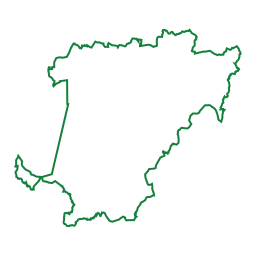 the district of Arandas, Jalisco, Mexico
{"feature_id": "50627088B62957650950334", "entity_name": "Arandas", "entity_type": "district", "adm_level": 2, "iso_a3": "MEX", "parent_name": "Mexico", "parent_adm1": "Jalisco", "projection": "equal_earth", "projection_center": [-102.317, 20.749], "detail": "fine", "context": "isolated", "style": "outline", "palette": "green", "viewbox_px": 256, "rotation_deg": 0, "n_neighbors": 0, "source": "geoboundaries", "source_scale": "gbopen_adm2", "svg_char_len": 5693}
<svg xmlns="http://www.w3.org/2000/svg" viewBox="0 0 256 256"><path d="M239.1,69.2L238.7,68.7L238.1,69.0L237.8,68.3L237.3,68.1L237.4,67.8L236.7,67.4L236.2,65.6L234.9,63.7L235.2,63.8L237.3,60.8L238.6,59.5L239.5,56.4L239.5,54.3L240.6,53.8L240.2,52.0L239.1,50.5L238.7,48.8L236.8,46.2L233.3,48.1L232.1,47.8L231.6,49.0L230.3,49.9L226.8,48.4L226.2,50.4L225.7,51.1L225.9,51.3L224.1,52.4L223.3,54.7L222.0,54.5L220.9,55.0L219.0,54.4L217.5,55.2L216.1,54.4L214.9,54.2L209.9,50.8L205.0,51.7L203.8,51.5L194.9,53.6L194.8,51.7L193.6,51.7L191.9,51.1L191.9,50.5L192.5,49.3L192.8,47.5L194.6,45.7L194.8,43.3L194.5,42.5L194.5,41.2L195.2,39.8L195.7,39.9L196.3,39.2L196.1,37.7L196.5,37.5L196.7,36.7L195.3,35.0L191.9,33.2L189.6,29.9L188.6,31.0L187.1,30.8L186.6,31.2L185.5,31.2L184.3,32.0L182.1,31.4L181.6,32.4L180.4,33.4L179.4,33.2L178.8,34.0L177.0,34.0L175.7,35.2L175.1,35.0L174.3,33.9L173.2,33.6L172.8,32.4L172.1,31.9L171.2,32.0L170.1,33.5L168.5,33.6L166.6,30.6L165.7,30.8L164.8,30.0L163.0,30.0L162.5,31.4L163.2,32.2L162.6,34.1L162.0,34.8L162.3,35.7L162.1,36.9L158.2,36.8L157.2,38.2L156.8,40.0L156.9,45.7L156.1,46.2L154.3,46.3L153.6,47.0L150.6,45.2L148.6,44.7L140.0,46.1L140.0,45.0L141.1,44.5L140.9,43.3L141.4,41.9L141.3,40.9L141.5,39.9L138.3,39.4L138.5,41.7L136.1,38.6L135.1,38.8L132.6,38.4L131.2,40.7L131.0,42.0L130.4,42.7L129.0,43.1L128.9,43.5L127.0,43.8L126.0,45.7L124.9,46.4L121.4,45.2L119.6,45.0L119.0,45.3L117.9,47.4L117.3,46.2L116.3,45.7L112.0,45.2L108.6,43.1L107.8,44.3L108.2,46.9L105.0,46.9L104.5,46.2L103.4,44.8L103.5,43.5L100.8,43.2L99.7,42.4L97.0,42.4L95.3,41.6L92.0,46.8L91.5,47.0L91.4,47.5L89.9,47.1L87.2,45.3L87.1,46.3L84.7,45.3L84.6,46.0L82.0,45.6L82.2,47.0L81.2,48.4L80.4,47.7L79.7,48.0L79.1,46.8L77.7,45.3L75.5,44.4L75.2,44.5L74.8,43.7L73.6,43.5L71.1,47.6L69.1,52.7L66.8,56.9L62.8,57.7L59.8,57.3L56.3,58.0L54.2,62.3L54.2,67.1L52.1,67.2L52.2,69.0L49.7,69.4L49.7,67.3L48.8,67.3L48.3,70.2L49.3,76.4L50.8,77.1L52.4,78.5L52.9,79.8L54.6,81.2L54.0,83.4L53.7,83.7L53.8,84.2L53.2,84.6L53.3,85.9L53.6,86.3L55.7,84.0L60.0,82.0L59.9,81.2L67.1,80.2L67.3,104.0L68.2,104.1L51.8,174.2L42.1,177.0L36.3,176.6L33.0,174.8L31.4,174.7L30.6,173.4L30.6,172.5L29.9,171.7L25.1,169.2L22.1,165.6L21.7,163.9L22.1,162.2L22.1,161.2L18.3,155.9L18.0,157.5L16.6,159.1L16.1,160.4L16.2,165.1L15.4,166.5L15.9,166.7L17.7,166.1L17.2,169.9L16.4,170.6L15.5,172.5L16.5,175.7L16.3,176.8L17.0,177.1L17.9,178.5L18.7,178.8L18.8,178.5L19.4,178.9L19.9,178.5L21.1,178.6L22.0,179.7L22.3,181.5L23.3,182.7L23.8,182.5L24.4,183.3L25.5,182.5L25.3,183.2L26.1,183.7L26.5,183.5L26.7,184.8L27.4,185.2L26.9,186.0L27.7,186.6L28.7,185.8L29.2,186.0L30.1,187.1L30.8,189.4L32.1,189.8L32.7,189.1L33.7,189.4L33.5,187.3L34.1,186.0L38.9,180.9L39.2,180.0L39.8,179.4L39.9,178.6L40.7,178.2L40.7,177.7L42.1,177.9L42.8,180.6L43.5,181.3L46.4,181.5L46.6,181.9L47.8,182.0L48.3,182.5L52.0,183.1L55.1,181.1L61.4,185.8L61.6,186.3L62.5,186.3L63.0,187.8L64.1,189.0L63.3,191.6L65.2,191.2L65.6,192.0L67.1,192.5L68.5,194.1L69.1,193.7L69.9,193.9L69.9,194.5L70.3,194.7L70.0,195.6L70.7,197.6L70.6,198.7L72.2,200.9L71.8,201.6L72.4,202.7L73.0,202.6L73.3,203.6L74.4,204.7L74.4,205.0L73.1,205.8L72.9,206.9L72.1,207.9L72.5,209.2L72.0,211.9L71.3,211.7L71.1,212.4L70.2,212.5L69.4,214.2L68.9,214.0L68.2,212.7L67.1,213.3L66.1,212.9L64.8,213.1L64.5,213.7L64.3,214.6L64.4,216.2L63.9,217.3L64.2,219.1L63.6,222.2L63.8,223.2L64.5,224.0L65.2,224.0L67.0,225.9L68.9,226.1L69.8,225.5L70.4,225.7L72.1,225.0L73.6,225.7L74.6,225.6L76.1,223.4L75.6,222.7L75.7,222.1L77.5,220.9L78.1,219.6L79.7,219.0L83.2,218.8L83.8,218.3L85.9,218.9L86.6,218.7L86.6,219.4L87.3,219.9L88.5,219.5L89.9,219.4L90.2,219.9L90.8,219.7L91.0,218.3L92.4,218.4L92.6,218.0L93.2,218.2L93.5,217.4L94.2,217.6L95.2,215.6L95.9,216.0L96.0,214.7L96.7,215.0L96.7,213.7L97.3,213.7L98.0,212.9L99.1,213.6L100.2,215.9L100.6,216.1L102.0,212.6L102.6,213.0L103.7,212.5L104.9,213.2L105.9,215.7L109.7,221.0L112.3,221.7L119.1,219.5L120.7,218.1L123.2,216.6L125.1,217.6L125.1,218.2L125.5,219.4L126.3,220.4L128.6,220.1L134.1,220.1L134.9,218.3L135.6,217.7L135.4,217.1L136.3,216.6L135.6,216.2L135.6,215.1L135.0,215.1L134.8,214.1L135.4,213.9L135.4,212.9L136.0,212.9L136.0,211.6L137.1,210.7L137.7,207.8L140.4,204.4L140.6,203.0L141.6,202.2L143.4,201.5L144.4,200.5L145.2,200.2L146.1,198.0L147.3,197.0L150.4,196.9L153.3,195.2L154.1,195.4L153.5,192.1L153.1,191.8L152.2,188.5L152.4,186.7L152.0,183.9L150.7,184.7L148.8,184.9L147.9,184.5L145.6,178.2L145.1,174.4L147.7,171.4L149.1,169.1L154.6,168.5L155.7,167.9L155.8,166.2L156.2,164.9L160.4,157.5L164.5,155.7L164.3,154.1L162.9,152.1L163.0,151.5L163.4,151.3L164.2,151.9L164.1,152.9L165.2,152.5L166.1,153.0L166.3,152.6L167.2,152.8L167.7,153.4L168.1,152.2L168.6,152.3L168.8,150.9L170.0,149.3L170.7,146.2L172.1,144.6L172.7,144.4L172.6,143.9L173.0,143.7L173.1,144.0L173.3,143.8L176.6,144.6L178.5,142.8L178.7,139.7L178.2,135.5L177.7,134.6L177.6,133.9L178.1,132.9L177.8,131.6L178.7,130.0L179.3,130.0L181.5,127.8L187.2,128.5L189.3,127.2L189.7,126.2L191.3,124.2L189.1,120.4L190.5,115.7L192.9,113.5L197.3,113.6L198.9,112.8L199.4,112.3L199.6,111.3L205.0,105.3L209.8,105.2L214.6,108.6L216.0,110.5L217.5,114.8L218.5,119.7L221.2,121.8L222.4,118.0L222.4,114.8L223.1,111.8L224.3,110.1L222.9,110.3L223.1,109.0L222.4,109.1L222.0,109.7L222.1,109.1L220.6,109.3L221.2,108.5L220.6,107.6L221.6,105.9L222.3,103.4L223.4,102.7L223.0,101.0L223.4,99.7L223.1,99.5L224.6,96.4L225.4,97.3L226.7,97.1L227.6,96.5L227.8,95.6L227.2,94.6L227.2,93.7L228.4,92.7L229.2,90.1L228.8,87.8L229.4,86.8L229.5,85.5L229.0,82.3L227.9,80.3L227.8,79.6L228.6,78.3L229.0,78.9L229.4,78.4L229.2,76.3L229.8,75.5L230.3,75.7L230.7,75.2L230.6,74.3L232.4,73.5L234.8,74.1L235.4,71.9L236.1,71.8L236.4,71.1L237.8,71.0L239.1,69.2Z" fill="none" stroke="#15803d" stroke-width="2"/></svg>